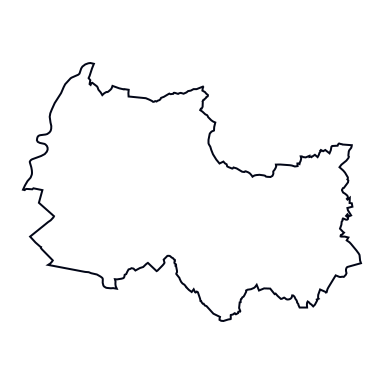 Ernei, Mures, Romania
{"feature_id": "2599482B63747997381834", "entity_name": "Ernei", "entity_type": "district", "adm_level": 2, "iso_a3": "ROU", "parent_name": "Romania", "parent_adm1": "Mures", "projection": "albers", "projection_center": [24.69, 46.618], "detail": "fine", "context": "isolated", "style": "outline", "palette": "ink", "viewbox_px": 384, "rotation_deg": 0, "n_neighbors": 0, "source": "geoboundaries", "source_scale": "gbopen_adm2", "svg_char_len": 5963}
<svg xmlns="http://www.w3.org/2000/svg" viewBox="0 0 384 384"><path d="M318.6,298.7L318.2,298.3L318.1,297.1L318.2,294.9L320.1,289.5L325.7,292.0L325.9,292.5L326.6,292.3L327.5,289.1L328.4,287.4L335.7,275.4L339.4,276.9L340.8,277.0L342.1,276.7L343.8,276.9L345.8,274.8L346.5,273.2L346.0,270.9L346.0,269.3L346.5,267.9L347.3,267.0L361.0,263.2L360.1,260.6L359.6,255.7L359.4,254.7L358.6,253.4L356.3,250.3L351.1,244.0L349.5,242.3L346.7,240.4L348.4,237.5L344.7,236.6L341.2,236.6L340.6,236.4L340.6,235.9L340.9,235.0L342.4,234.3L344.0,232.6L343.0,231.9L340.0,228.7L341.4,224.7L341.7,221.7L342.6,220.5L342.5,219.8L342.7,219.0L342.9,218.9L343.1,218.5L346.1,219.7L347.3,219.6L347.9,219.1L348.1,217.5L346.1,215.9L347.4,214.3L348.7,216.1L349.2,216.2L351.1,215.4L347.9,210.2L347.4,208.0L352.4,206.7L351.8,203.3L349.6,203.0L349.8,197.8L347.5,199.6L346.9,198.9L347.8,198.0L347.8,196.8L347.3,195.6L345.2,193.8L343.1,192.5L342.0,190.3L342.0,189.8L343.0,188.1L343.9,187.9L348.0,182.4L348.3,180.4L347.4,179.4L347.7,179.0L347.9,178.0L347.8,177.3L345.0,172.6L343.2,170.5L339.5,167.2L341.4,164.7L346.3,160.7L348.3,158.2L348.9,156.8L348.4,155.9L348.4,155.1L348.8,151.4L349.3,150.2L351.2,147.8L351.6,146.5L351.8,145.2L342.4,144.5L341.8,144.1L341.0,144.1L339.1,143.5L338.2,144.3L337.6,145.7L332.2,146.0L331.4,146.8L330.8,150.2L329.5,153.3L325.3,150.0L323.1,151.2L320.9,150.0L320.4,150.6L321.1,151.0L320.4,151.6L319.5,152.8L318.7,155.2L317.6,157.1L314.9,154.8L311.6,157.0L311.4,156.6L309.5,157.0L309.5,155.8L305.7,157.4L303.3,157.1L301.8,156.4L300.7,156.4L301.2,158.5L300.6,161.0L299.9,162.4L299.5,164.0L298.4,163.4L297.4,163.5L297.6,166.1L294.9,166.5L291.8,165.5L289.8,165.2L280.1,164.5L275.9,164.6L276.2,166.4L275.5,168.2L274.5,169.9L273.6,170.9L273.2,171.8L273.4,173.2L273.1,174.5L272.4,175.9L270.5,177.0L267.1,176.8L265.8,176.5L265.2,175.8L263.9,175.4L259.4,174.8L256.2,175.1L254.4,175.5L252.5,176.7L251.8,175.6L250.0,173.5L248.4,172.4L245.7,171.3L245.2,171.3L244.8,171.8L244.2,172.0L242.1,171.7L236.6,168.4L233.5,167.5L232.6,168.5L232.0,168.5L228.5,167.1L227.2,166.4L226.6,164.3L225.0,163.4L223.4,161.6L219.5,163.5L216.3,159.6L213.0,154.3L211.3,150.0L210.3,146.7L208.9,144.4L208.5,143.2L208.5,139.9L209.7,133.9L210.0,133.3L211.5,131.6L214.0,130.5L214.2,127.0L215.3,122.5L213.2,121.6L211.3,120.3L208.2,117.2L207.5,115.7L207.0,115.1L205.4,114.4L202.5,111.7L200.2,110.1L200.9,108.7L201.6,108.7L202.6,106.8L202.8,101.7L202.6,101.5L203.1,100.2L204.2,99.7L204.3,99.3L205.8,98.1L206.3,97.1L207.4,96.6L207.9,95.9L207.9,95.0L206.2,93.6L205.0,92.1L202.4,90.6L202.8,88.0L203.3,86.7L203.7,86.3L196.7,89.1L193.6,89.1L190.8,90.6L188.1,91.1L186.5,92.4L183.6,93.7L180.8,92.9L179.3,93.2L178.1,93.9L174.7,92.8L173.7,92.9L173.3,93.8L171.1,94.1L170.3,94.1L169.4,93.6L169.1,93.7L163.9,96.8L161.3,97.8L160.9,98.1L160.3,99.4L159.4,100.1L157.5,100.8L156.6,101.5L155.2,101.1L153.9,101.8L153.0,101.8L152.0,101.0L149.4,99.7L145.8,98.2L128.6,96.5L128.4,93.2L128.7,89.8L124.1,89.1L123.9,89.4L119.2,88.3L112.5,85.9L111.5,88.6L110.3,89.9L108.2,91.7L107.2,92.1L106.4,92.0L104.2,93.3L102.3,95.1L100.7,92.4L98.5,89.8L98.2,89.1L97.6,87.3L96.9,86.3L92.3,82.8L91.4,83.1L90.6,84.9L89.6,84.1L90.3,80.2L88.6,78.1L89.6,75.9L92.0,68.5L93.9,63.8L90.4,63.0L88.3,63.3L85.3,64.4L82.4,66.6L81.2,68.5L79.5,73.6L78.3,74.7L71.7,77.6L70.6,78.3L65.2,84.2L63.7,87.1L61.1,93.1L54.7,103.1L51.8,109.5L50.3,113.3L49.7,116.8L50.5,122.5L51.3,126.0L51.2,128.7L50.7,130.7L49.5,132.4L47.3,134.0L45.6,134.5L40.1,135.2L38.6,135.8L37.8,136.6L37.2,138.1L36.9,140.2L37.7,141.8L39.8,142.9L44.5,143.9L45.5,144.5L46.9,146.0L47.6,147.8L47.6,149.7L46.8,151.7L44.7,154.1L41.1,156.0L32.1,159.3L31.0,160.0L30.3,160.8L29.8,161.7L29.9,162.6L31.3,167.3L31.9,170.6L32.0,173.0L31.8,174.6L30.6,177.6L27.5,181.1L25.0,185.4L23.0,189.7L24.7,190.1L25.3,189.4L26.4,188.9L32.3,189.3L33.4,188.3L42.4,190.1L38.9,202.8L54.0,216.2L53.4,217.4L50.7,220.3L48.2,222.0L30.1,236.6L35.5,242.5L40.5,246.9L41.1,247.1L40.9,248.0L42.0,249.4L52.8,260.4L52.2,261.4L50.3,263.5L48.1,264.9L85.0,271.9L88.7,272.2L91.2,273.2L96.9,274.5L100.6,276.6L102.3,277.9L102.8,279.0L102.7,282.8L103.4,285.6L104.1,286.5L105.8,287.6L106.8,287.9L110.9,288.3L113.1,288.1L116.8,288.7L115.7,286.2L115.4,284.0L115.5,281.4L114.9,279.2L117.0,279.4L121.5,278.7L123.5,278.1L124.3,276.9L124.7,274.8L126.2,274.1L127.4,271.5L128.6,269.4L130.1,269.0L131.5,268.2L133.5,268.6L135.4,270.5L140.0,268.0L143.2,267.0L146.4,263.9L147.9,262.9L156.6,271.1L157.4,270.7L162.5,265.5L163.7,264.1L164.5,262.8L163.7,259.6L167.4,255.9L169.0,255.8L170.2,256.2L171.6,257.5L172.9,258.1L173.7,259.1L174.8,259.8L174.9,260.5L174.7,260.7L174.9,261.1L174.6,261.4L174.4,262.5L174.7,263.6L175.5,263.9L176.0,264.5L176.1,265.2L175.5,265.9L176.1,266.5L176.3,267.2L177.0,270.9L177.0,272.2L176.3,273.5L176.3,274.0L179.4,277.9L179.8,279.1L181.1,281.8L182.5,283.5L184.4,284.7L186.5,287.3L186.4,287.4L189.0,290.0L191.7,292.0L193.7,289.3L195.0,292.1L195.5,292.5L195.9,292.4L196.8,291.6L197.9,292.3L200.1,298.8L200.5,301.0L201.1,301.0L201.7,302.4L202.9,303.8L203.6,303.7L204.9,305.5L206.5,306.1L213.4,313.7L220.0,316.9L219.6,318.5L219.5,319.8L221.2,320.8L223.4,321.0L228.2,319.5L230.6,319.1L230.8,318.1L230.7,315.7L230.8,315.0L232.9,314.5L234.6,313.2L235.0,313.3L235.4,314.1L235.9,314.3L238.1,313.1L238.1,312.4L238.4,311.7L240.1,311.6L240.3,311.1L239.1,308.0L239.7,302.4L240.6,302.2L240.7,300.1L241.0,299.1L241.5,298.9L242.3,297.4L243.6,296.6L244.4,295.3L246.2,291.7L246.1,290.5L247.6,289.7L251.0,289.2L254.0,287.9L255.0,287.1L256.7,284.8L259.0,290.5L264.1,288.4L270.2,288.6L274.6,294.1L275.6,293.6L277.6,295.9L280.9,298.9L281.8,298.8L283.9,297.7L284.4,297.7L286.3,299.2L287.3,299.5L288.9,299.4L290.4,298.8L291.3,298.0L291.7,297.4L292.2,295.4L293.2,295.5L294.4,296.6L295.7,299.3L296.4,300.1L297.1,301.7L297.1,302.5L298.3,304.1L298.5,305.2L299.6,307.5L307.1,307.5L306.9,304.5L307.1,302.7L307.7,301.5L308.7,302.1L310.1,303.7L311.4,304.5L313.2,306.4L314.9,304.7L315.6,303.4L317.2,300.4L316.8,299.5L318.6,298.7Z" fill="none" stroke="#020617" stroke-width="2"/></svg>